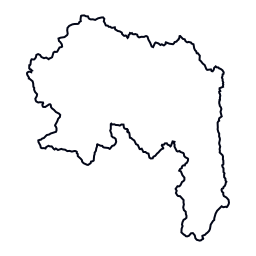 the district of Espinar, Cusco, Peru
{"feature_id": "86281439B7669862240315", "entity_name": "Espinar", "entity_type": "district", "adm_level": 2, "iso_a3": "PER", "parent_name": "Peru", "parent_adm1": "Cusco", "projection": "robinson", "projection_center": [-71.342, -14.994], "detail": "fine", "context": "isolated", "style": "outline", "palette": "ink", "viewbox_px": 256, "rotation_deg": 0, "n_neighbors": 0, "source": "geoboundaries", "source_scale": "gbopen_adm2", "svg_char_len": 5771}
<svg xmlns="http://www.w3.org/2000/svg" viewBox="0 0 256 256"><path d="M81.0,16.0L80.5,19.5L80.8,21.2L79.3,22.1L78.7,23.5L77.9,23.9L74.4,24.0L72.3,24.4L69.2,25.9L67.5,27.9L67.2,30.4L67.7,33.6L67.2,35.0L64.5,37.1L60.5,37.7L58.5,38.5L59.0,41.0L60.3,42.1L61.8,44.3L62.1,46.6L61.6,47.0L59.5,47.5L57.2,51.7L55.8,52.0L54.8,51.7L53.5,52.5L52.1,57.2L50.4,58.2L49.4,58.4L48.7,59.2L46.2,57.6L44.0,58.2L41.4,57.0L40.1,55.0L38.1,54.1L36.4,54.9L35.8,57.5L34.4,59.3L33.9,59.5L31.6,59.3L30.9,60.7L30.5,64.3L30.1,65.0L29.3,65.2L29.2,68.3L29.7,69.0L30.8,69.4L32.0,70.6L31.3,70.9L31.2,72.2L29.6,71.6L28.3,71.9L27.2,72.7L27.0,73.8L27.5,75.3L28.9,77.4L28.8,78.5L29.6,78.8L32.6,81.3L33.2,83.5L33.4,86.8L34.2,87.8L34.1,89.7L35.1,92.0L37.1,94.2L36.8,96.1L35.3,98.8L35.8,100.7L36.3,101.5L38.2,102.5L40.0,102.2L43.0,102.5L43.2,103.3L42.3,104.9L42.8,106.5L43.2,106.9L45.2,107.0L49.3,104.3L50.2,104.3L50.8,105.1L51.0,107.0L51.9,108.3L54.0,109.9L55.9,112.0L59.0,113.6L60.2,114.9L59.9,117.0L58.2,118.7L57.2,121.4L55.1,125.2L55.1,125.7L55.9,126.7L56.5,128.2L56.5,130.4L56.0,131.8L50.4,133.6L49.5,134.4L46.7,135.1L43.9,138.0L42.1,138.6L40.9,139.7L39.5,139.9L38.3,140.4L38.5,142.1L40.3,145.4L40.8,147.6L41.9,148.2L44.0,148.1L45.5,148.5L46.2,147.1L48.5,145.8L49.9,146.4L51.7,146.4L53.9,149.1L54.6,149.5L55.8,148.5L58.0,150.0L61.3,148.9L62.7,149.4L65.1,149.7L67.3,151.1L69.6,150.9L71.9,151.6L74.4,151.0L75.6,151.1L76.8,151.8L76.8,153.2L77.7,154.0L77.8,156.1L80.8,158.8L82.0,160.3L82.1,161.6L83.6,163.2L87.1,164.8L88.1,164.9L90.6,163.2L91.0,161.6L92.7,161.2L93.7,160.5L94.1,155.8L94.7,153.9L94.6,152.8L95.9,150.8L96.3,148.3L97.0,146.5L97.1,144.5L97.4,144.3L100.5,145.7L102.3,145.9L103.0,147.0L104.0,147.5L108.4,148.0L109.6,148.9L109.9,148.8L112.2,145.9L114.0,145.4L115.4,143.8L116.2,141.8L115.7,139.0L114.4,137.8L113.0,137.4L111.6,136.1L111.5,134.0L110.2,130.6L110.8,129.0L110.8,124.1L111.3,123.6L112.3,124.5L114.3,124.3L115.8,125.0L118.2,125.1L119.8,125.6L121.4,124.5L123.5,124.6L123.9,127.5L124.5,128.4L125.4,128.9L127.1,129.0L127.9,130.0L127.9,130.8L127.2,131.1L127.2,131.4L127.6,132.2L129.1,132.5L129.5,134.1L129.9,137.7L131.3,138.1L132.4,139.2L134.3,140.5L136.0,144.1L137.9,145.1L139.6,149.0L140.1,149.2L141.7,148.7L143.4,152.0L145.5,152.0L146.8,153.1L148.5,153.6L149.4,157.6L150.8,158.5L152.7,158.3L153.4,156.7L155.3,155.8L157.1,153.5L158.4,152.5L160.2,150.4L161.5,149.2L163.2,148.5L163.3,148.1L161.8,145.5L162.1,144.8L163.9,144.7L164.9,143.4L166.8,143.3L167.6,144.6L169.3,145.3L170.4,146.4L171.0,145.8L172.6,141.4L174.5,141.8L174.0,143.4L174.6,144.6L174.5,146.6L176.7,151.0L177.7,151.5L179.6,151.0L180.3,151.9L183.3,153.0L183.8,153.7L184.2,156.0L185.4,157.3L187.8,158.5L188.1,159.0L187.9,160.8L186.8,162.9L185.5,163.6L184.8,165.4L183.6,165.3L182.6,165.8L181.9,166.9L181.8,168.1L180.0,169.1L179.2,170.7L180.9,171.4L182.5,175.3L184.4,177.6L184.4,179.9L183.6,181.0L182.0,182.0L180.6,185.0L179.6,186.1L179.0,186.4L177.5,186.2L175.6,188.9L176.7,190.8L175.9,193.0L177.2,195.2L178.1,196.0L180.1,196.2L183.6,200.1L183.5,202.5L183.9,204.4L183.2,207.3L183.9,210.1L185.7,211.7L185.9,214.2L186.5,215.8L186.4,217.8L185.1,219.0L183.6,219.8L182.5,222.2L182.0,224.7L182.6,226.0L181.6,228.8L181.4,232.4L183.9,234.7L184.5,234.8L185.9,236.2L186.6,236.3L187.5,236.3L189.0,235.7L191.0,233.3L192.9,233.1L194.8,235.4L195.4,238.2L196.8,239.8L199.7,240.6L201.0,240.3L201.8,239.5L202.9,239.1L203.2,238.5L202.4,236.8L202.4,235.8L205.2,234.7L206.3,233.4L207.2,232.9L209.1,230.9L210.0,228.9L210.7,224.6L213.0,221.0L214.2,220.0L214.3,218.2L215.6,213.6L217.1,210.8L221.6,206.3L223.2,207.2L226.0,206.7L226.7,207.1L227.1,206.9L228.6,204.3L229.0,202.7L228.5,199.8L226.4,197.5L223.8,196.0L223.2,194.2L223.3,192.8L222.0,191.6L221.5,189.9L221.9,188.8L223.2,188.3L223.6,186.9L224.8,185.9L225.5,184.3L225.8,182.6L226.4,181.8L225.5,180.6L225.4,178.6L224.2,177.2L224.1,174.7L224.5,173.3L223.5,172.1L223.5,168.3L222.7,167.2L222.2,165.7L222.2,165.2L223.2,164.6L223.4,164.0L223.3,160.3L222.9,159.6L223.0,156.5L222.5,155.2L219.7,152.5L219.9,150.8L219.6,149.1L220.2,146.6L219.2,143.8L219.2,142.7L219.9,139.8L219.8,138.2L219.1,136.5L219.2,133.6L218.3,132.0L217.6,129.2L217.8,127.7L217.6,122.7L218.2,121.5L219.2,120.7L218.9,119.8L219.2,118.3L221.7,116.4L220.5,111.8L221.4,109.0L220.9,107.4L219.8,105.9L219.6,104.4L219.3,103.8L219.2,101.8L219.6,100.9L219.4,100.1L220.0,99.8L219.9,97.2L220.3,95.8L219.9,93.9L219.3,93.0L219.2,91.6L220.3,91.0L219.5,89.4L219.6,88.2L223.1,86.8L222.9,86.0L223.3,84.6L222.9,83.7L223.3,82.6L222.6,80.8L222.6,79.2L221.9,77.6L222.5,76.0L222.6,74.4L223.5,73.9L223.7,72.3L222.4,70.2L220.6,68.9L219.1,68.4L218.4,67.5L216.6,67.3L215.7,66.4L214.2,67.8L213.7,69.8L212.6,71.3L211.6,71.1L210.9,69.4L207.2,69.9L206.3,69.0L204.7,65.1L202.7,63.5L201.0,61.3L199.5,59.9L199.8,55.7L197.8,53.2L196.9,53.3L196.6,53.0L196.2,51.3L195.1,50.3L194.2,48.4L193.5,44.3L191.5,43.5L191.1,42.6L190.6,42.4L188.4,41.9L187.7,42.3L186.9,42.2L185.5,41.1L184.7,39.3L182.9,38.9L180.2,36.0L179.6,36.1L179.1,38.6L178.6,38.9L178.5,39.6L177.3,40.5L176.5,41.6L174.6,42.1L174.1,43.2L173.0,44.2L169.4,43.7L165.9,42.3L165.6,42.8L165.6,44.0L163.9,45.4L163.5,45.3L161.8,44.3L160.4,45.0L158.4,43.4L155.7,42.5L154.9,43.2L153.1,47.1L151.7,46.5L150.1,42.6L148.4,39.6L147.6,36.9L146.6,36.1L145.7,36.1L144.0,36.9L141.4,36.8L139.1,37.4L137.7,36.4L137.2,34.7L135.2,34.0L134.2,34.3L133.0,34.2L132.2,33.8L131.9,33.1L131.1,33.4L130.0,33.0L129.6,34.3L128.6,35.1L128.3,37.1L127.6,37.9L126.1,35.7L125.6,35.5L124.2,35.9L123.3,35.2L122.1,34.0L121.8,32.6L119.8,31.4L117.8,31.0L115.2,29.4L114.8,27.3L112.7,27.8L111.4,27.7L110.3,26.8L108.8,26.8L107.8,25.7L105.8,25.4L104.6,22.6L103.8,21.5L104.3,18.8L103.1,17.4L101.4,17.5L98.1,18.3L95.2,19.9L92.8,19.3L90.8,19.4L89.4,18.9L88.7,18.2L87.9,16.3L86.1,16.3L84.2,15.4L81.6,15.6L81.0,16.0Z" fill="none" stroke="#020617" stroke-width="2"/></svg>